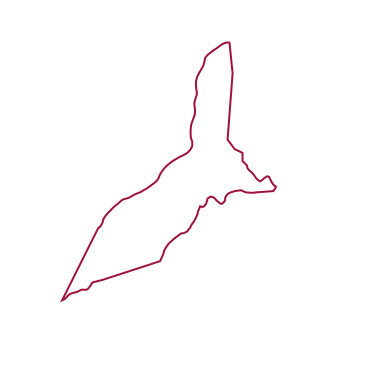 the district of Paix Bouche, Micoud, Saint Lucia, rotated 294°
{"feature_id": "8701671B34451908876457", "entity_name": "Paix Bouche", "entity_type": "district", "adm_level": 2, "iso_a3": "LCA", "parent_name": "Saint Lucia", "parent_adm1": "Micoud", "projection": "albers", "projection_center": [-60.94, 13.815], "detail": "fine", "context": "isolated", "style": "outline", "palette": "rose", "viewbox_px": 384, "rotation_deg": 294, "n_neighbors": 0, "source": "geoboundaries", "source_scale": "gbopen_adm2", "svg_char_len": 4102}
<svg xmlns="http://www.w3.org/2000/svg" viewBox="0 0 384 384"><g transform="rotate(294 192 192)"><path d="M230.9,266.6L231.1,266.0L231.5,264.2L231.6,263.7L233.3,260.9L236.1,257.4L236.9,256.8L237.1,256.0L237.2,255.1L236.7,254.0L235.4,253.2L234.1,252.4L231.2,251.0L230.3,250.6L229.4,249.7L229.7,247.7L230.0,247.0L230.7,245.0L232.8,241.5L233.9,239.4L234.6,237.1L235.3,235.0L235.5,234.5L236.2,233.2L236.8,232.6L238.6,231.3L239.5,229.1L240.3,227.2L240.6,225.7L248.3,222.2L248.5,213.6L254.3,203.2L317.0,180.8L326.4,175.4L343.7,165.5L343.4,164.6L343.3,164.0L342.9,163.4L342.7,163.0L342.5,162.8L341.5,161.5L340.5,160.5L339.2,159.4L337.4,158.3L335.7,157.4L333.1,155.9L330.5,154.2L328.6,153.2L326.8,152.2L326.4,152.0L324.7,151.0L323.8,150.6L323.1,150.4L321.9,149.9L320.4,149.6L319.2,149.6L318.7,149.7L317.9,149.9L316.2,150.3L314.1,150.7L313.1,150.8L312.1,150.9L311.1,150.9L310.6,150.9L309.0,150.7L307.0,150.5L304.0,150.1L300.9,150.0L299.1,149.9L298.1,150.0L297.1,150.2L295.5,150.5L293.8,151.0L293.6,151.1L292.2,151.7L291.4,152.1L290.8,152.4L289.4,153.1L288.2,153.8L287.0,154.6L285.5,155.6L284.2,156.2L283.6,156.5L282.1,156.9L280.7,157.0L280.1,157.0L279.8,157.1L277.4,157.3L276.9,157.4L276.2,157.5L275.1,157.8L274.2,158.0L273.3,158.4L272.7,158.7L271.8,159.2L270.7,159.9L269.7,160.5L269.4,160.7L268.4,161.4L267.3,161.8L266.6,162.1L266.0,162.3L265.0,162.7L263.1,163.1L262.0,163.1L260.2,163.4L259.5,163.4L258.4,163.5L255.5,163.6L251.9,164.2L251.5,164.4L249.8,164.9L248.8,165.3L248.2,165.5L246.0,166.4L245.3,166.7L244.5,167.1L243.9,167.4L242.5,168.1L242.0,168.4L241.0,169.0L240.1,169.9L239.9,170.0L238.8,171.0L238.0,171.8L237.7,171.9L236.0,172.7L234.9,173.3L233.5,173.5L231.9,173.5L231.3,173.4L230.4,173.3L229.6,173.2L228.4,172.8L228.2,172.7L227.5,172.4L227.1,172.3L226.4,172.0L225.3,171.5L224.7,171.1L223.0,169.8L221.5,168.6L219.7,167.0L217.7,165.5L217.3,165.2L216.6,164.7L215.0,163.6L213.7,162.7L213.3,162.4L212.6,162.0L211.9,161.5L210.3,160.6L209.9,160.3L208.6,159.7L206.9,158.8L205.8,158.3L205.1,158.0L204.1,157.7L203.1,157.3L201.3,156.8L197.2,155.9L196.2,155.8L194.0,155.7L191.0,155.8L188.7,155.4L187.1,154.9L186.7,154.8L185.9,154.4L185.0,154.0L183.3,153.0L182.8,152.7L181.4,151.9L180.9,151.6L180.2,151.2L178.8,150.4L177.5,149.7L177.3,149.5L176.2,148.8L176.0,148.6L175.4,148.2L174.0,147.1L172.7,146.2L171.9,145.7L171.2,145.2L170.3,144.4L169.0,143.0L168.5,142.6L168.0,142.1L167.3,141.5L166.8,141.0L165.7,140.0L164.7,139.3L164.3,139.0L163.2,138.3L161.6,137.1L160.4,136.0L160.0,135.5L159.4,134.8L158.4,133.4L157.6,132.6L156.4,131.5L155.5,131.0L153.5,130.1L152.6,129.7L151.4,129.2L148.5,127.7L147.3,127.1L146.3,126.6L144.8,126.0L143.7,125.6L142.2,125.1L140.5,124.4L139.9,124.2L137.7,123.5L135.5,122.8L133.4,122.4L132.3,122.2L130.3,122.2L129.4,122.4L128.9,122.4L127.5,122.7L126.5,122.7L124.8,122.5L124.1,122.3L123.2,122.1L122.8,122.1L121.0,121.1L120.7,121.0L108.1,120.4L40.3,117.4L42.4,119.2L44.4,120.1L47.3,121.0L48.8,121.7L49.3,122.3L50.2,123.0L51.5,124.4L53.5,127.2L55.2,128.7L57.5,130.5L58.2,131.3L58.5,132.6L59.9,135.4L61.0,136.3L63.5,137.0L65.9,137.5L67.6,137.4L68.9,138.1L69.7,138.6L70.6,140.1L72.5,142.4L73.8,144.1L75.4,146.1L115.9,191.0L123.4,191.0L127.2,190.4L130.4,190.7L135.4,191.7L142.4,194.8L149.7,198.9L151.2,201.4L154.2,203.8L155.8,204.0L158.5,204.8L161.9,204.9L165.5,205.7L170.1,206.1L174.3,206.0L176.3,205.4L182.3,205.3L182.2,206.2L182.4,207.1L182.8,207.9L183.2,208.4L184.1,208.8L185.0,209.2L186.4,209.6L187.7,209.6L188.8,209.4L189.9,209.4L191.2,209.1L192.3,208.9L193.3,209.5L194.8,210.4L195.4,211.0L195.5,211.7L195.8,213.2L195.7,214.6L195.5,215.2L195.0,216.3L194.6,217.2L194.1,218.4L193.7,219.6L193.5,220.8L193.0,222.5L193.0,223.3L193.3,223.9L193.6,224.3L194.2,224.6L195.1,224.9L196.3,225.5L197.5,225.5L198.6,225.4L199.5,225.0L200.1,224.8L201.2,224.7L202.1,224.7L202.9,224.9L203.7,225.1L205.2,225.7L205.8,226.2L206.6,226.8L207.5,227.6L208.5,228.8L209.5,229.9L210.2,230.8L211.0,232.0L212.2,233.8L212.7,234.7L213.7,236.6L213.5,237.6L213.5,239.3L213.5,240.3L213.7,241.6L214.1,243.0L216.0,247.9L217.5,250.3L225.9,265.9L229.0,266.6L230.9,266.6Z" fill="none" stroke="#9f1239" stroke-width="2"/></g></svg>